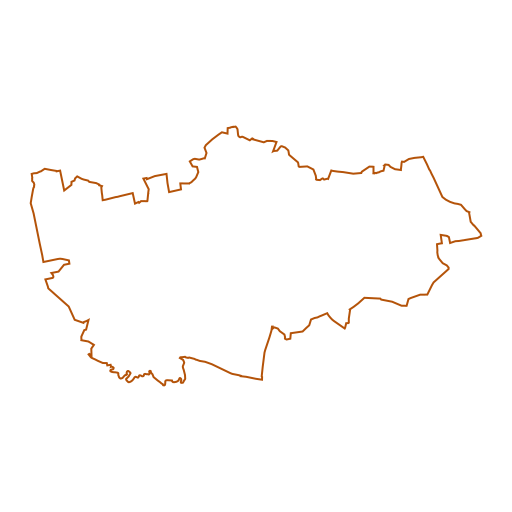 outline of Lutriņu pag., Saldus, Latvia
{"feature_id": "27541924B57809969281457", "entity_name": "Lutriņu pag.", "entity_type": "district", "adm_level": 2, "iso_a3": "LVA", "parent_name": "Latvia", "parent_adm1": "Saldus", "projection": "mercator", "projection_center": [22.327, 56.738], "detail": "fine", "context": "isolated", "style": "outline", "palette": "amber", "viewbox_px": 512, "rotation_deg": 0, "n_neighbors": 0, "source": "geoboundaries", "source_scale": "gbopen_adm2", "svg_char_len": 5997}
<svg xmlns="http://www.w3.org/2000/svg" viewBox="0 0 512 512"><path d="M60.1,170.6L56.8,171.3L56.8,171.0L50.9,170.0L44.7,168.8L40.8,171.4L39.9,171.6L37.2,172.9L36.7,173.1L33.9,173.3L31.7,173.9L32.3,177.8L32.1,178.2L32.2,179.4L32.1,180.8L32.4,181.3L33.7,182.6L34.3,184.5L34.2,185.4L34.0,185.9L34.1,186.9L33.5,187.8L33.1,189.3L31.7,197.0L30.7,203.2L33.6,213.4L39.7,243.5L42.2,255.1L43.4,262.0L57.8,259.0L60.1,258.7L62.5,259.0L68.9,260.4L69.4,263.7L64.0,264.8L58.5,271.6L51.4,273.0L53.0,275.1L53.4,276.9L52.9,277.7L52.7,277.9L45.4,279.4L47.9,286.6L48.3,288.4L68.7,306.5L74.7,319.8L83.3,322.8L83.3,322.5L83.7,322.1L86.6,321.0L88.5,320.0L86.1,329.6L84.3,330.1L81.7,335.8L81.3,336.8L81.4,339.2L81.5,339.8L81.4,340.2L88.4,341.5L93.9,344.9L91.3,348.6L91.5,355.3L89.3,353.9L88.6,354.4L90.9,357.3L92.0,358.0L95.3,359.5L97.8,360.8L102.8,363.0L106.8,363.1L107.3,365.4L110.6,364.8L111.0,366.3L110.9,366.8L111.4,366.6L112.1,366.8L113.0,367.2L113.6,367.8L113.5,368.6L113.2,369.1L112.9,369.3L111.7,369.5L110.7,369.9L110.3,370.7L110.3,370.9L110.5,371.3L111.8,371.9L113.3,372.2L115.3,372.3L117.6,372.7L118.1,373.0L118.3,373.3L118.3,375.0L119.2,377.5L120.1,378.3L120.5,378.5L121.0,378.5L122.5,378.0L124.3,375.9L125.2,375.1L125.8,375.1L125.9,374.9L126.5,374.8L126.8,374.6L127.0,374.2L126.6,373.3L126.7,372.6L127.0,371.6L127.8,371.0L128.3,371.0L128.9,371.4L130.2,372.5L130.4,372.8L130.5,373.3L128.6,376.5L127.1,378.0L126.2,378.8L126.1,379.3L126.5,380.3L128.2,382.0L128.7,382.2L129.5,382.1L130.7,381.6L132.1,380.6L133.2,379.4L134.6,377.3L135.4,376.8L136.0,376.9L137.8,377.6L138.2,377.5L138.4,377.2L139.0,376.2L139.1,375.7L139.4,375.4L139.9,375.3L140.8,375.5L141.9,376.2L142.7,376.3L143.3,376.1L143.7,375.7L143.9,375.3L143.9,374.9L144.1,374.3L144.6,374.0L145.2,373.9L146.4,374.2L147.8,374.2L148.6,374.5L149.0,374.4L149.4,374.1L149.5,373.7L149.5,372.8L149.2,371.5L149.4,371.1L149.7,370.9L150.3,370.9L150.6,371.0L151.2,372.9L152.5,374.3L152.7,374.8L153.1,375.9L153.6,377.1L157.7,380.5L160.2,382.3L161.5,383.5L162.8,384.2L163.0,385.0L163.3,385.3L164.2,385.4L165.0,384.8L165.2,383.6L165.3,382.6L165.2,381.9L165.5,380.9L165.9,380.5L166.4,380.3L167.6,380.2L172.0,380.5L172.2,381.4L173.0,382.1L174.2,382.2L176.3,381.8L177.8,381.1L178.7,380.1L179.2,378.9L179.7,378.1L180.3,378.1L180.7,378.5L181.1,379.0L181.3,380.2L181.0,380.9L180.8,382.1L180.9,382.6L181.8,382.9L183.0,382.6L184.2,380.4L185.0,379.3L185.2,378.7L185.0,375.0L183.7,369.8L183.2,368.5L182.8,366.9L182.9,366.1L184.2,362.8L183.8,361.4L183.1,359.9L179.9,358.0L180.4,357.3L183.1,357.1L185.0,356.8L185.8,357.4L188.1,357.9L189.1,357.5L194.5,358.9L195.7,359.6L197.0,359.9L199.7,360.9L205.1,361.8L211.8,364.2L230.5,373.2L232.3,373.9L238.9,375.2L240.9,375.8L240.8,376.2L246.2,376.8L255.9,378.8L262.0,379.7L262.1,376.9L261.7,376.4L262.7,366.9L264.5,352.6L265.2,350.0L269.4,337.5L270.6,333.5L271.5,330.4L272.0,326.6L272.6,326.6L272.1,329.1L274.0,327.5L274.5,327.4L277.9,328.6L279.8,331.2L284.4,334.5L285.1,337.2L284.9,338.1L285.1,338.8L286.6,339.5L290.3,338.7L290.8,333.2L302.6,331.5L306.3,327.9L309.1,325.4L309.3,325.1L311.0,319.5L314.6,318.0L317.5,317.4L319.7,316.3L321.3,315.7L327.2,313.2L328.5,315.4L330.4,317.7L332.2,319.6L333.8,320.9L335.8,322.3L344.7,328.5L345.1,327.8L346.2,323.2L348.3,323.1L348.8,322.7L348.8,318.6L350.1,309.7L349.8,309.4L353.7,306.8L358.3,303.3L364.4,297.8L380.3,298.6L381.2,299.6L392.1,301.7L401.5,305.7L406.6,305.8L408.5,299.0L410.8,298.0L420.1,294.7L424.7,294.7L425.1,294.6L427.3,294.6L432.0,285.1L433.6,282.4L448.6,269.0L448.6,267.6L446.8,265.4L442.7,263.2L439.4,259.2L438.4,257.8L438.5,257.7L438.0,256.2L437.7,255.2L437.3,252.4L437.4,250.3L437.0,244.2L439.8,243.6L441.9,243.3L440.7,234.9L446.4,235.8L447.4,236.3L447.5,236.2L448.9,237.1L450.1,243.0L455.4,241.2L458.8,241.0L477.8,237.9L481.3,235.8L480.8,234.2L480.7,233.3L474.1,225.4L473.7,225.4L470.7,221.8L469.6,215.6L469.1,212.9L469.4,212.2L466.6,211.1L464.7,209.1L461.0,204.8L457.7,203.9L454.5,203.4L450.1,201.9L445.9,199.7L442.4,197.0L433.6,177.8L431.4,173.5L430.0,170.4L429.3,169.6L427.0,164.4L423.2,156.8L421.4,157.2L414.4,157.9L408.9,159.0L404.1,161.9L402.0,161.6L401.6,162.8L401.3,166.2L400.9,169.4L400.9,170.0L395.0,169.2L390.5,166.9L388.6,164.9L385.2,164.5L384.3,165.4L384.7,165.5L383.5,170.7L381.2,171.2L379.3,172.0L378.8,172.4L377.7,172.5L376.4,173.1L376.0,172.9L374.7,173.0L374.5,173.4L373.4,173.3L373.5,172.5L373.5,166.8L372.6,166.7L369.4,166.6L361.8,171.7L361.3,173.0L353.3,173.7L343.2,172.1L337.7,171.6L332.7,170.9L331.3,170.5L328.1,178.9L327.7,178.7L326.2,179.0L324.4,179.5L324.0,179.5L323.0,178.5L322.7,178.4L321.8,178.8L320.0,180.1L316.7,179.8L316.4,179.7L316.1,179.4L316.2,179.2L315.8,175.8L313.4,169.5L307.3,166.4L299.6,166.9L299.2,166.8L298.7,166.4L298.2,163.2L297.9,162.3L289.3,155.0L289.0,154.5L288.6,151.9L288.3,150.4L285.1,147.5L281.8,146.2L281.0,146.3L280.2,147.0L277.3,150.6L277.0,150.7L273.7,151.0L273.1,151.3L276.5,142.0L272.5,141.0L267.0,140.9L263.8,142.3L252.8,139.3L253.0,138.8L252.2,138.4L249.8,140.3L243.1,137.0L242.1,136.7L240.2,137.3L239.4,136.9L238.5,136.1L238.2,135.3L238.0,134.1L237.6,130.2L237.5,129.2L236.5,127.6L235.6,126.6L233.2,127.0L233.1,126.8L230.9,127.3L230.2,127.7L227.7,128.1L227.5,133.6L221.9,132.3L218.4,134.7L212.3,139.3L205.8,145.2L204.5,147.7L205.5,150.3L206.5,153.0L204.8,158.4L203.8,158.3L201.6,159.0L199.2,159.6L194.8,158.8L193.2,159.2L189.8,161.4L192.6,166.4L197.0,166.9L198.3,172.1L196.2,177.1L195.2,178.6L193.0,180.6L191.6,182.0L190.7,182.6L189.0,183.4L189.0,183.5L180.3,183.4L180.3,183.6L181.0,189.4L169.1,192.1L167.5,183.1L166.5,173.9L154.8,176.1L146.9,179.2L146.6,178.0L143.4,178.6L148.7,189.2L148.2,193.0L148.3,193.2L148.2,193.3L147.4,201.0L147.2,201.2L141.1,201.1L139.1,202.8L138.5,202.0L135.0,203.6L132.7,193.1L119.8,196.2L117.7,196.8L115.6,197.1L105.5,199.7L102.7,200.2L102.2,195.3L101.8,192.7L101.3,187.5L102.0,186.1L99.2,185.3L99.3,184.6L96.2,183.1L89.3,181.9L88.1,180.6L83.6,179.5L81.6,178.8L77.2,176.4L75.1,178.4L74.5,180.5L71.5,181.8L71.4,184.9L64.2,190.5L60.1,170.6Z" fill="none" stroke="#b45309" stroke-width="2"/></svg>